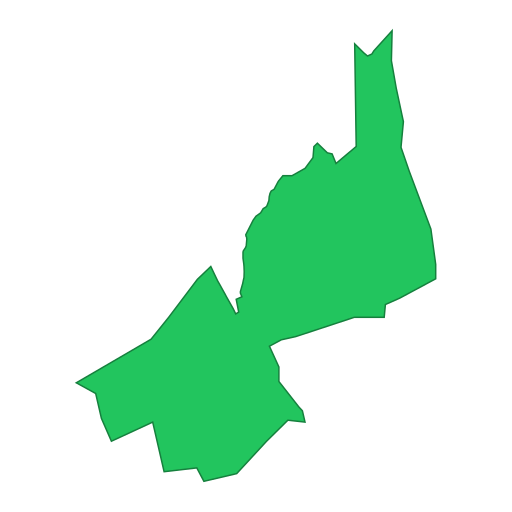 the district of Okaikwei North Municipal, Greater Accra, Ghana
{"feature_id": "2480657B77934780741907", "entity_name": "Okaikwei North Municipal", "entity_type": "district", "adm_level": 2, "iso_a3": "GHA", "parent_name": "Ghana", "parent_adm1": "Greater Accra", "projection": "equal_earth", "projection_center": [-0.223, 5.629], "detail": "fine", "context": "isolated", "style": "filled", "palette": "green", "viewbox_px": 512, "rotation_deg": 0, "n_neighbors": 0, "source": "geoboundaries", "source_scale": "gbopen_adm2", "svg_char_len": 1344}
<svg xmlns="http://www.w3.org/2000/svg" viewBox="0 0 512 512"><path d="M210.8,266.5L197.4,279.3L168.7,317.3L151.1,339.2L77.3,382.2L76.3,382.8L95.7,393.5L101.4,418.3L111.4,441.2L152.7,422.1L164.1,471.7L196.8,467.9L203.9,481.3L236.7,473.6L266.6,441.2L287.9,420.2L305.0,422.1L302.4,410.8L298.8,406.9L278.9,381.5L278.9,367.0L269.4,346.2L281.3,339.8L295.7,336.6L354.3,317.3L377.0,317.3L384.2,317.3L385.4,304.5L399.8,298.1L435.7,278.8L435.7,264.4L430.9,229.1L409.3,171.4L401.0,147.3L403.4,121.7L396.2,88.0L391.4,60.7L392.1,30.7L382.3,41.5L373.8,50.9L371.9,54.0L367.5,56.0L363.7,52.8L354.7,43.9L356.2,146.5L336.0,163.5L332.1,153.9L327.3,152.8L317.4,143.2L313.9,146.6L313.0,157.6L305.1,168.3L292.0,175.7L282.9,175.7L278.8,180.7L278.1,181.7L274.1,189.3L271.2,191.0L270.6,192.2L270.0,193.4L269.2,196.8L268.9,200.6L266.9,205.9L265.8,207.1L263.2,208.6L261.9,210.8L260.6,212.9L256.0,216.2L253.2,220.1L245.8,234.7L246.0,236.2L246.5,236.9L246.8,239.2L246.2,246.0L245.4,247.8L243.2,251.1L243.0,252.6L243.0,258.2L243.8,264.1L244.0,266.5L244.2,271.8L244.0,277.5L243.3,280.5L242.7,283.5L240.4,291.6L240.4,293.1L241.9,296.8L240.5,297.4L236.2,299.3L238.7,312.1L235.7,313.9L233.2,308.7L226.3,296.5L225.0,294.0L224.2,292.6L223.6,291.5L222.7,289.9L219.5,284.1L218.5,282.4L217.7,281.0L214.2,273.7L210.8,266.5Z" fill="#22c55e" stroke="#15803d" stroke-width="1.5"/></svg>